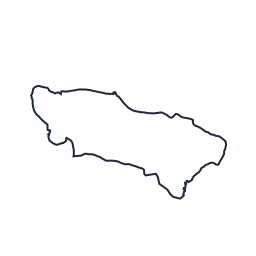 Bali, Taraba, Nigeria (Albers equal-area conic projection), rotated 234°
{"feature_id": "59680162B98222207712503", "entity_name": "Bali", "entity_type": "district", "adm_level": 2, "iso_a3": "NGA", "parent_name": "Nigeria", "parent_adm1": "Taraba", "projection": "albers", "projection_center": [10.998, 8.109], "detail": "fine", "context": "isolated", "style": "outline", "palette": "slate", "viewbox_px": 256, "rotation_deg": 234, "n_neighbors": 0, "source": "geoboundaries", "source_scale": "gbopen_adm2", "svg_char_len": 5324}
<svg xmlns="http://www.w3.org/2000/svg" viewBox="0 0 256 256"><g transform="rotate(234 128 128)"><path d="M185.4,63.1L183.9,63.4L182.7,63.7L181.5,63.9L180.6,64.4L179.4,64.4L178.2,64.9L175.7,63.2L174.2,62.0L173.3,62.0L172.7,62.3L172.4,63.3L171.3,63.3L170.7,62.5L169.8,61.4L169.8,60.0L169.2,60.3L168.7,60.0L168.4,59.0L167.2,58.2L163.9,57.1L161.7,57.8L159.6,58.4L156.4,60.3L155.2,63.3L154.7,65.6L153.8,66.9L154.0,68.2L153.9,70.3L156.0,71.8L156.1,72.4L155.0,72.8L154.0,73.5L152.1,74.1L151.3,74.4L150.3,74.4L149.3,74.3L147.7,73.9L144.5,72.3L143.3,71.9L142.5,71.4L141.5,70.8L140.7,70.2L139.9,69.7L139.4,69.3L138.8,68.9L137.8,68.0L137.0,67.3L136.6,68.4L136.1,69.0L135.7,69.7L135.3,70.3L133.2,73.9L132.5,77.9L132.0,78.7L131.2,79.5L130.3,80.4L129.4,81.4L128.8,82.3L127.9,83.3L126.8,84.4L126.2,84.8L125.8,85.2L124.7,85.9L123.5,86.5L122.4,87.2L122.0,87.6L121.4,88.0L120.4,88.5L119.9,88.7L118.5,89.2L117.5,89.6L116.6,90.1L115.0,90.7L113.9,91.8L113.5,92.2L113.2,92.8L112.2,94.3L111.5,95.1L110.9,96.0L110.0,97.0L109.3,97.8L108.5,98.7L107.4,99.5L106.8,100.2L106.2,100.6L104.7,101.3L103.5,101.9L102.8,102.6L100.9,103.9L99.7,105.1L99.2,106.1L98.7,106.9L98.5,107.2L98.1,107.6L97.1,108.4L95.8,109.1L94.7,110.0L93.7,110.8L92.8,111.5L91.6,112.3L90.8,112.8L89.5,113.6L89.4,113.7L87.8,115.1L85.7,116.2L84.7,116.3L81.3,114.2L79.9,114.3L79.3,114.4L74.6,123.6L71.0,123.4L64.4,120.5L55.4,123.6L48.8,123.4L47.4,123.8L45.6,124.2L40.3,128.6L40.4,132.3L40.5,132.9L40.7,133.6L41.7,133.6L42.8,135.2L43.7,135.9L43.5,136.9L43.9,137.5L45.0,137.6L45.9,137.0L46.5,137.7L45.5,138.2L45.4,138.5L45.7,138.8L46.1,138.5L46.4,138.8L46.3,139.4L46.9,140.2L47.2,140.5L48.5,141.0L48.5,142.0L50.0,141.7L50.3,142.1L49.6,143.2L50.5,144.1L50.5,144.9L49.7,145.2L49.0,145.3L48.6,145.4L48.6,146.6L48.5,147.6L48.3,148.9L49.0,149.8L49.4,150.8L50.1,152.2L50.3,152.8L50.5,153.8L50.4,155.0L50.6,155.8L50.7,156.4L50.5,157.0L50.7,158.4L50.6,159.6L50.8,160.4L51.1,161.4L51.7,162.4L52.1,163.0L52.4,163.8L52.4,165.0L52.1,166.0L52.1,166.6L52.3,167.4L52.4,168.0L52.4,169.6L51.9,170.6L51.6,171.9L51.6,172.5L51.6,173.5L51.1,174.5L50.7,175.3L50.2,176.1L48.6,177.0L48.3,177.2L47.7,177.5L46.7,177.7L46.1,178.3L45.4,179.2L45.4,180.2L46.1,181.2L46.9,182.7L47.6,184.3L48.0,185.5L48.5,186.5L48.9,187.5L49.4,188.5L50.0,189.2L50.4,190.4L50.9,190.8L52.3,191.7L52.9,192.5L53.3,193.1L53.8,194.3L54.8,195.3L55.9,196.4L56.7,197.4L57.3,197.8L57.9,198.1L59.7,198.9L60.9,198.8L61.6,198.7L62.1,198.6L62.9,198.3L64.8,197.8L65.6,197.6L66.6,197.2L67.3,197.1L68.1,196.5L68.5,196.1L69.0,195.4L70.7,194.0L71.3,193.9L72.1,193.3L72.7,192.7L73.4,192.2L73.8,191.6L75.1,190.9L75.9,190.7L76.9,190.5L77.5,190.2L78.2,189.6L79.0,189.2L79.4,188.7L80.0,188.3L80.8,188.3L81.5,188.0L82.7,187.6L83.7,187.3L84.4,187.1L85.4,186.7L86.4,186.2L87.3,185.8L87.9,185.5L88.5,185.1L88.9,184.7L89.5,184.5L90.2,183.8L91.2,183.6L91.8,183.4L92.6,183.3L93.6,183.5L94.2,183.7L95.0,184.2L96.1,185.3L96.6,185.0L97.4,184.7L97.9,184.5L99.7,183.0L100.0,182.7L100.6,182.2L101.7,181.1L102.1,180.7L102.7,180.1L103.6,179.2L104.2,178.8L105.0,178.1L105.5,177.9L106.5,177.5L107.1,177.2L108.1,177.0L109.4,176.5L110.4,175.9L111.3,174.8L111.0,173.2L110.8,172.0L110.5,171.0L110.7,169.8L110.7,169.2L112.4,167.9L113.7,167.5L114.9,167.4L115.9,167.0L116.8,166.5L117.4,166.3L119.3,165.2L120.5,164.6L120.9,164.1L121.6,163.1L122.2,162.1L122.5,161.2L123.1,160.4L123.6,159.4L124.3,158.1L124.7,157.3L125.7,156.2L125.8,156.1L126.4,155.2L127.7,153.8L128.2,152.9L129.6,151.7L130.1,151.2L131.1,150.2L132.2,149.1L132.6,148.5L132.9,148.1L133.3,147.5L134.6,146.4L135.2,146.0L135.8,145.3L136.3,144.7L137.1,144.1L137.8,143.4L138.4,143.0L139.0,142.6L139.8,142.1L140.5,141.7L141.3,141.5L141.9,141.2L142.7,140.8L143.2,140.6L144.2,140.1L145.0,140.1L146.4,139.8L147.1,139.8L148.7,139.5L150.1,139.3L151.1,139.2L151.6,139.2L152.8,139.1L153.6,139.1L154.8,139.0L155.4,139.2L156.6,139.0L157.2,138.9L158.5,138.9L159.3,138.6L159.7,138.4L160.5,138.0L162.6,138.3L163.7,138.6L163.7,138.2L163.8,137.5L164.3,137.2L164.4,137.3L164.4,137.2L164.8,137.5L165.1,137.6L165.2,137.0L164.9,136.7L164.3,136.6L164.2,135.9L164.6,135.7L164.9,135.3L165.2,134.9L165.6,134.3L166.1,133.3L167.2,132.5L167.7,131.7L168.1,131.1L168.5,130.7L169.3,129.9L170.5,129.0L171.3,128.3L172.5,127.1L173.5,126.3L174.3,125.4L174.9,124.9L176.0,124.0L176.8,123.3L176.9,123.2L177.5,122.6L178.4,121.7L179.3,121.0L180.3,120.1L181.5,119.0L182.4,118.1L183.1,117.3L183.6,116.8L184.6,115.7L185.2,114.6L186.3,113.3L187.2,112.1L187.6,111.5L188.2,110.5L189.0,108.9L189.5,107.6L189.6,107.4L190.3,106.1L190.8,105.3L191.1,104.7L191.7,103.5L192.2,102.1L192.9,101.1L193.3,100.4L193.5,99.7L195.1,97.8L195.5,97.4L195.9,97.0L196.8,95.7L194.9,93.7L195.5,93.4L197.2,92.9L197.8,92.6L198.3,91.1L198.7,90.3L198.9,89.2L199.8,88.9L200.5,88.4L201.5,88.1L202.5,86.9L203.8,86.6L204.8,86.2L205.9,86.6L206.8,86.6L207.7,86.2L208.4,85.9L209.0,85.2L209.3,85.0L209.6,84.7L210.5,83.9L211.4,83.1L212.5,82.1L214.1,80.9L214.8,79.9L215.3,78.9L215.7,77.1L215.7,76.2L215.6,75.5L215.5,75.0L215.2,74.0L212.5,71.2L211.7,70.0L211.5,68.9L210.5,68.5L209.5,68.2L208.5,67.7L207.7,67.5L207.1,67.3L206.1,67.0L205.7,66.6L204.6,65.7L203.2,64.9L202.0,64.2L198.6,62.7L197.6,62.4L196.4,62.2L195.4,62.1L194.2,61.9L193.4,62.0L192.6,62.0L191.9,62.2L190.7,62.3L189.7,62.7L189.1,62.8L188.2,62.8L187.4,62.8L186.8,62.9L186.2,63.1L185.4,63.1Z" fill="none" stroke="#1e293b" stroke-width="2"/></g></svg>